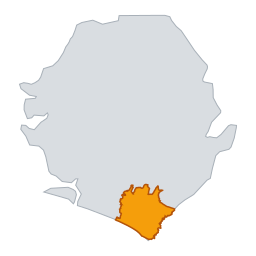 location of Pujehun, Southern, Sierra Leone
{"feature_id": "65957751B2614126839094", "entity_name": "Pujehun", "entity_type": "district", "adm_level": 2, "iso_a3": "SLE", "parent_name": "Sierra Leone", "parent_adm1": "Southern", "projection": "albers", "projection_center": [-11.562, 7.3], "detail": "fine", "context": "in_parent", "style": "filled", "palette": "amber", "viewbox_px": 256, "rotation_deg": 0, "n_neighbors": 0, "source": "geoboundaries", "source_scale": "gbopen_adm2", "svg_char_len": 7232}
<svg xmlns="http://www.w3.org/2000/svg" viewBox="0 0 256 256"><path d="M236.5,125.4L236.3,127.7L234.2,138.1L231.0,147.1L228.9,149.3L219.7,151.7L215.8,155.6L212.4,168.4L210.3,178.4L207.1,180.1L193.7,194.5L184.8,200.0L178.7,204.7L172.9,210.9L165.5,216.9L157.6,226.9L152.0,237.4L148.2,240.6L145.3,237.7L131.8,227.4L117.7,220.4L87.5,208.8L77.4,205.6L77.8,201.5L81.3,194.0L75.7,185.2L77.9,178.8L75.7,178.8L71.4,182.7L62.2,181.5L56.1,176.0L51.1,174.0L48.9,171.2L45.8,156.7L43.5,150.1L38.9,146.1L29.7,145.0L25.9,136.2L20.8,129.3L21.6,125.1L25.8,125.4L29.1,128.4L34.3,129.7L40.9,122.3L46.8,118.3L48.2,114.8L47.4,112.9L43.9,115.9L34.1,115.1L31.7,117.8L27.4,118.6L24.1,109.9L24.2,104.8L25.6,99.2L35.4,98.3L36.3,96.5L29.5,95.2L21.0,88.7L19.5,84.2L23.7,82.7L27.8,83.3L31.3,84.3L35.0,82.7L38.6,80.3L40.7,77.1L43.6,68.6L52.8,65.8L58.3,60.6L63.4,52.6L65.8,46.9L67.9,44.1L69.3,41.7L70.3,39.0L72.6,36.5L75.0,30.5L76.7,25.1L81.9,22.5L92.8,20.2L102.5,24.2L118.3,20.7L119.1,15.6L133.6,15.5L150.7,15.4L165.0,15.4L169.8,16.7L171.6,20.5L176.3,26.5L181.2,30.7L187.3,39.7L194.4,50.3L202.1,59.8L207.0,65.0L207.5,66.8L207.2,68.9L204.8,73.8L202.7,79.0L202.9,81.0L204.4,82.0L212.4,83.6L213.1,89.5L213.2,97.6L217.1,105.1L220.8,110.7L220.6,112.7L211.6,122.2L208.1,131.6L206.3,134.3L205.6,136.4L207.4,137.4L209.8,136.7L213.4,137.5L216.7,137.8L221.1,134.4L228.5,125.7L230.9,124.7L236.5,125.4ZM74.5,201.9L73.4,203.8L68.6,199.1L43.8,192.0L50.8,188.3L68.1,187.3L73.2,189.5L75.5,191.3L76.4,194.7L74.5,201.9Z" fill="#d9dde1" stroke="#a8b0b8" stroke-width="1"/><path d="M174.5,209.0L172.8,208.3L171.3,207.9L170.0,207.4L168.5,206.9L167.5,206.7L166.7,206.4L165.5,205.7L164.8,205.2L164.1,204.8L163.4,204.4L162.7,203.9L161.9,203.2L161.2,202.8L160.6,202.5L160.2,202.4L160.1,202.1L160.1,201.8L159.8,201.8L159.6,201.7L159.5,201.1L159.7,200.9L159.4,200.9L159.2,200.6L159.5,200.4L159.5,200.0L159.3,199.6L159.2,199.2L159.2,198.9L159.4,198.7L159.1,198.1L158.9,197.9L158.8,197.7L158.7,197.3L158.5,197.1L158.5,196.9L158.7,196.5L158.7,196.3L158.5,195.8L158.3,195.4L158.5,194.9L158.4,194.5L158.7,193.8L158.9,193.4L158.7,193.1L159.0,192.7L159.7,192.1L160.1,191.8L160.4,191.3L160.7,191.1L160.9,190.9L161.3,190.9L161.6,191.0L161.9,190.7L162.4,190.3L162.1,190.2L161.4,190.1L160.8,190.1L160.1,190.3L159.6,190.4L159.3,190.3L159.0,189.9L158.7,189.6L158.5,189.2L158.4,188.5L158.3,187.8L158.2,187.4L158.2,186.9L158.2,186.4L158.0,186.1L157.9,186.0L157.2,186.7L157.0,186.9L156.6,187.4L156.0,188.0L155.8,188.3L155.7,188.6L155.6,188.9L155.6,189.2L155.2,189.8L154.8,190.2L154.4,190.9L154.1,191.6L153.7,192.2L153.3,193.0L152.9,193.4L152.7,193.6L152.6,193.9L152.4,194.1L152.2,194.3L151.8,194.3L150.9,194.3L150.5,194.2L150.1,194.3L149.7,194.3L149.2,194.3L148.7,194.4L148.4,194.4L148.1,194.2L148.3,193.8L148.6,193.0L148.6,192.3L148.6,191.6L148.7,191.3L148.9,190.8L149.0,190.2L149.0,189.7L149.3,189.2L149.5,188.6L149.2,188.2L148.9,187.8L148.3,187.1L148.0,186.9L147.7,186.7L147.5,186.3L147.5,185.9L147.6,185.4L147.9,185.0L147.6,184.8L146.4,184.5L145.4,184.5L144.5,185.0L144.1,185.5L143.9,185.9L143.6,186.5L143.5,187.2L143.2,187.5L142.8,188.0L142.4,188.2L141.7,188.2L141.3,188.2L140.9,187.7L140.4,187.4L139.5,187.5L138.6,187.5L138.1,187.5L137.9,187.7L136.5,187.7L136.0,188.0L135.7,188.7L135.4,189.0L135.1,189.5L134.9,189.9L134.7,190.2L134.7,190.6L134.7,191.0L134.7,191.3L134.4,191.7L134.1,192.1L133.6,192.4L133.5,192.6L133.5,192.8L133.1,192.9L133.1,193.2L132.9,193.3L133.1,193.8L132.7,193.7L132.4,193.1L131.9,192.4L131.6,192.0L131.3,191.7L131.2,191.1L131.6,190.4L132.1,189.5L132.3,188.8L132.6,188.2L133.1,187.6L132.7,187.0L132.6,186.6L132.9,185.9L132.9,185.3L131.9,185.1L131.5,185.3L131.1,185.5L131.1,185.9L131.3,186.2L131.0,186.7L130.9,187.1L130.9,187.3L130.6,187.6L130.3,188.1L129.5,189.5L129.3,189.9L128.8,190.2L128.1,190.7L127.6,191.1L127.2,190.5L126.8,190.7L126.5,191.1L126.1,191.2L125.6,191.2L125.1,191.2L124.8,191.5L124.4,191.7L124.1,192.0L123.7,192.6L123.5,192.9L124.0,193.5L124.5,193.9L125.0,194.2L125.3,194.6L125.5,195.1L125.3,195.3L124.6,195.3L124.3,195.1L124.0,195.2L123.7,195.2L123.5,194.9L123.3,194.7L122.9,194.5L122.5,194.5L122.2,194.8L121.8,195.2L122.2,195.9L122.7,196.4L122.9,196.8L122.7,197.5L122.7,197.9L122.5,198.3L122.0,198.6L121.2,198.8L120.8,198.8L120.2,198.5L120.5,198.6L120.5,198.9L120.6,199.1L120.6,199.3L120.5,199.5L120.7,199.9L120.5,200.0L120.4,200.2L120.2,200.2L120.2,200.4L120.2,200.5L120.3,200.8L120.2,201.2L120.1,201.4L120.1,201.6L119.9,201.8L120.0,201.9L120.2,202.0L120.3,202.1L120.3,202.3L120.8,202.7L120.9,203.0L121.1,203.2L121.2,203.3L121.1,203.5L120.9,203.6L121.0,203.9L121.2,204.1L120.8,204.0L120.8,204.4L120.6,204.6L120.9,204.7L120.9,204.9L121.0,205.1L121.4,205.1L121.2,206.1L120.9,206.6L120.6,207.2L120.4,208.1L120.6,208.4L120.4,208.5L119.9,209.0L119.6,209.2L119.8,209.5L119.8,210.4L119.8,211.8L119.8,212.0L119.9,212.5L120.1,212.7L120.4,212.9L120.7,213.1L120.9,213.1L121.0,213.2L121.2,213.4L121.3,213.6L121.2,213.8L121.1,214.0L121.0,214.5L121.0,214.9L120.8,215.3L120.6,215.6L120.4,216.2L120.3,217.2L120.3,217.5L120.1,218.2L119.8,218.5L119.6,218.4L119.1,218.2L118.9,218.0L118.8,217.9L118.7,217.9L118.4,218.2L118.1,218.3L117.9,218.0L117.8,217.5L117.5,217.3L117.1,217.1L116.9,217.3L116.7,217.4L116.6,217.7L116.2,218.8L115.9,219.2L115.5,219.8L116.2,220.3L118.4,221.1L121.0,222.3L127.8,225.6L131.8,227.8L134.3,229.3L136.9,231.0L139.5,233.3L140.7,234.8L141.2,235.3L141.8,236.1L142.7,236.3L147.5,238.8L148.4,239.2L148.9,239.4L149.5,239.3L150.2,239.2L150.3,239.2L151.1,239.1L151.4,239.3L151.7,239.3L151.9,239.1L152.0,238.8L152.1,238.6L152.3,238.4L153.2,238.1L153.3,238.1L153.6,238.1L154.1,238.1L154.3,238.3L154.5,238.4L154.6,238.2L154.5,237.4L153.8,236.4L153.6,236.1L153.7,235.9L154.5,236.1L154.9,235.9L154.9,235.7L154.7,234.9L155.1,234.6L155.6,234.7L156.1,234.8L156.2,234.1L156.3,233.6L156.7,233.2L156.9,233.1L157.1,233.0L157.4,233.1L157.6,233.0L157.7,232.7L158.0,232.5L158.2,232.4L158.1,231.6L158.2,231.0L158.2,230.8L158.2,230.5L158.6,230.2L158.4,229.7L157.8,229.3L157.7,229.2L157.7,228.8L157.9,228.5L158.1,228.3L158.3,228.0L158.5,227.9L159.1,228.0L159.5,228.0L159.7,227.9L159.9,228.0L160.3,228.1L160.5,228.2L160.8,228.1L160.7,227.3L160.6,226.7L160.4,226.1L160.7,225.6L160.4,225.2L160.1,224.6L159.9,224.3L159.6,224.2L159.5,223.9L159.3,223.7L159.8,223.0L160.0,223.0L160.5,223.3L160.8,223.3L161.1,223.0L161.0,222.8L160.8,222.6L160.6,222.4L161.1,221.8L161.3,221.6L161.7,221.4L161.5,221.2L161.9,220.6L162.2,220.4L162.3,220.2L162.2,219.7L162.4,219.3L162.5,218.9L162.4,218.7L162.4,218.4L163.0,218.2L163.0,218.4L163.0,218.6L163.1,218.8L163.3,218.9L163.6,218.8L163.9,219.0L163.4,219.3L163.6,219.5L163.9,219.4L164.1,219.2L164.2,218.2L164.6,218.0L164.6,217.5L164.8,217.3L164.9,217.1L165.2,216.9L165.0,216.5L165.1,216.4L165.3,216.3L165.3,216.2L165.6,216.5L165.6,216.8L165.9,216.9L166.2,216.9L166.6,217.0L166.8,216.8L167.2,216.3L167.3,216.0L167.6,215.7L168.0,215.4L168.4,215.7L168.8,215.9L169.3,215.5L169.7,215.5L170.1,215.3L170.3,215.2L170.5,215.0L170.6,214.8L171.0,214.8L171.3,214.7L171.6,214.5L171.9,214.2L171.8,213.9L171.6,213.7L171.8,213.4L172.1,213.0L172.0,212.8L171.8,212.6L171.8,212.4L172.0,212.3L172.3,212.2L172.4,211.6L172.8,211.4L173.2,211.4L173.5,211.0L173.8,210.9L174.1,210.4L174.5,210.2L174.4,209.2L174.5,209.0Z" fill="#f59e0b" stroke="#b45309" stroke-width="1.5"/></svg>